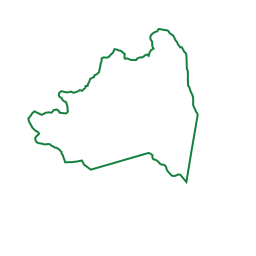 Mata Roma, Maranhão, Brazil, rotated 331°
{"feature_id": "56859067B26606405776491", "entity_name": "Mata Roma", "entity_type": "district", "adm_level": 2, "iso_a3": "BRA", "parent_name": "Brazil", "parent_adm1": "Maranhão", "projection": "albers", "projection_center": [-43.235, -3.651], "detail": "fine", "context": "isolated", "style": "outline", "palette": "green", "viewbox_px": 256, "rotation_deg": 331, "n_neighbors": 0, "source": "geoboundaries", "source_scale": "gbopen_adm2", "svg_char_len": 2409}
<svg xmlns="http://www.w3.org/2000/svg" viewBox="0 0 256 256"><g transform="rotate(331 128 128)"><path d="M87.4,63.5L84.7,64.0L83.3,65.9L83.2,67.6L84.5,69.6L84.3,71.6L85.0,73.5L86.3,75.3L85.9,77.7L85.3,80.2L84.1,82.6L83.3,84.6L81.0,85.3L77.9,83.2L75.6,81.4L75.7,79.2L74.5,77.2L71.6,76.3L70.2,77.1L68.2,77.4L66.3,75.9L63.6,74.8L61.2,74.8L58.8,74.6L57.8,73.1L55.9,70.5L54.3,68.1L52.0,68.5L50.0,69.4L47.8,70.6L45.5,71.3L44.8,73.3L44.5,75.8L44.6,78.3L44.5,81.4L45.4,84.7L47.4,88.2L47.4,90.0L43.5,91.0L41.8,92.0L41.1,94.1L41.2,96.0L42.3,97.8L44.6,99.5L46.3,101.2L48.1,102.5L50.5,103.3L52.0,104.7L52.6,106.7L53.7,107.9L54.3,109.5L55.7,110.5L57.0,112.6L57.8,114.9L58.2,116.7L57.5,118.1L57.8,120.2L57.1,123.5L56.9,125.5L56.4,127.5L62.1,130.5L66.9,132.5L71.9,134.1L71.9,136.6L71.8,138.7L75.3,146.4L98.8,151.8L102.5,152.6L134.0,159.8L135.3,161.6L136.2,163.6L135.1,165.4L135.0,167.6L136.6,169.2L137.6,170.7L138.2,172.6L138.7,174.9L139.7,176.3L141.0,177.1L142.1,178.4L142.4,180.4L141.7,183.3L141.9,185.6L142.7,188.9L143.2,191.0L145.1,192.4L147.2,192.9L149.3,192.9L151.2,194.4L151.7,197.6L152.9,203.5L173.1,178.0L195.4,150.2L195.7,148.1L195.4,146.5L195.7,144.2L195.8,141.5L196.2,139.2L197.8,136.6L198.8,134.6L199.7,132.9L200.2,130.8L200.4,129.2L200.4,127.2L200.9,124.5L201.4,122.1L201.1,120.2L201.9,118.4L203.1,116.3L203.9,114.5L204.8,112.8L206.2,110.7L206.8,109.1L208.0,107.2L208.0,105.4L208.7,103.6L209.9,101.4L211.1,99.1L212.5,96.3L213.9,93.6L214.9,91.0L214.2,88.7L214.2,86.0L214.2,83.4L212.6,82.7L212.6,80.9L212.2,78.7L212.6,76.9L212.1,74.5L212.3,71.7L212.4,69.2L211.3,67.1L210.4,65.1L210.3,62.6L208.9,60.9L206.5,59.3L204.8,57.7L202.8,56.3L200.4,57.6L197.8,57.1L194.7,57.4L192.3,58.5L191.3,59.8L190.6,61.6L191.0,64.4L189.9,66.3L188.9,68.2L188.8,71.0L185.8,71.1L183.3,72.6L181.1,74.9L180.4,73.1L178.5,72.6L176.4,73.1L174.5,73.1L172.5,71.9L169.7,71.7L168.1,72.5L166.5,71.7L164.4,70.4L162.8,69.1L161.2,66.9L159.0,66.0L159.2,64.2L161.0,61.7L159.9,58.9L159.2,57.0L157.5,55.7L156.6,54.3L154.3,52.5L152.5,54.0L151.0,55.0L149.3,55.2L147.3,56.0L144.6,56.6L142.6,55.6L140.6,54.3L138.7,54.3L137.1,57.0L135.6,58.1L133.5,60.8L131.5,63.0L129.9,65.0L126.6,65.9L124.3,65.6L123.1,66.9L121.2,66.8L118.5,66.8L116.6,68.8L114.5,70.0L113.1,71.6L111.3,70.7L110.2,72.2L108.1,72.6L105.9,73.2L104.2,71.5L101.8,71.6L99.6,71.3L97.5,70.8L95.6,68.4L93.1,67.9L90.9,66.6L89.0,64.7L87.4,63.5Z" fill="none" stroke="#15803d" stroke-width="2"/></g></svg>